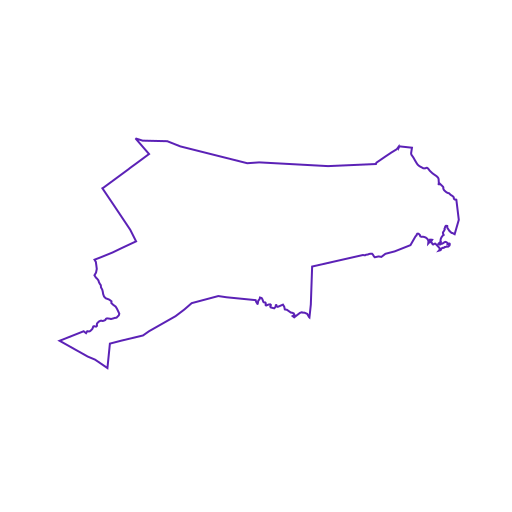 the district of San Ildefonso Amatlán, Oaxaca, Mexico, rotated 117°
{"feature_id": "50627088B2691831673313", "entity_name": "San Ildefonso Amatlán", "entity_type": "district", "adm_level": 2, "iso_a3": "MEX", "parent_name": "Mexico", "parent_adm1": "Oaxaca", "projection": "orthographic", "projection_center": [-96.462, 16.295], "detail": "fine", "context": "isolated", "style": "outline", "palette": "violet", "viewbox_px": 512, "rotation_deg": 117, "n_neighbors": 0, "source": "geoboundaries", "source_scale": "gbopen_adm2", "svg_char_len": 4939}
<svg xmlns="http://www.w3.org/2000/svg" viewBox="0 0 512 512"><g transform="rotate(117 256 256)"><path d="M286.5,180.5L274.4,185.1L239.9,201.2L206.6,161.2L205.9,159.2L204.9,158.5L203.9,157.0L202.8,156.1L202.0,155.0L201.3,153.6L201.7,152.5L202.7,150.9L203.1,150.0L203.2,149.6L201.9,148.0L200.8,146.7L200.2,145.0L199.9,143.9L195.3,141.7L188.9,134.5L176.2,123.3L166.0,122.8L164.7,122.3L163.8,122.6L162.9,122.4L162.5,121.8L162.4,121.2L162.6,120.4L162.9,119.5L163.3,119.2L163.9,118.5L163.8,117.3L163.2,116.3L162.8,115.3L162.6,114.2L162.5,113.1L162.8,111.6L163.2,110.6L164.0,109.6L164.7,109.0L165.4,108.7L166.7,108.2L165.3,107.8L164.5,107.6L163.5,107.8L162.5,108.4L161.9,107.3L161.6,106.4L163.5,106.5L164.4,106.3L164.5,105.2L165.4,103.9L165.2,103.2L164.1,102.6L163.6,102.0L163.9,100.8L164.6,98.8L165.4,96.6L166.2,95.4L166.8,95.2L168.2,95.5L167.1,94.3L166.6,94.1L166.1,94.1L165.8,94.3L165.6,94.3L165.5,94.5L165.2,94.3L165.0,94.2L164.6,93.8L164.3,93.5L164.1,93.3L163.9,93.3L163.7,93.1L163.7,92.7L163.2,92.2L162.5,92.0L162.3,91.9L162.1,91.4L161.7,91.0L161.1,90.4L160.7,89.5L160.5,89.1L159.9,88.8L158.9,88.4L158.4,88.4L157.3,88.8L157.1,89.2L157.4,89.5L157.4,89.9L157.8,90.4L158.4,90.4L158.6,90.7L158.0,90.9L157.6,91.2L157.4,91.7L157.3,92.3L157.3,93.0L157.4,93.6L158.0,94.2L159.7,95.2L160.3,95.5L160.5,96.0L161.1,96.5L161.5,96.7L161.9,97.0L162.1,97.1L162.3,97.3L162.4,97.5L162.5,97.7L162.5,98.0L162.5,98.4L162.4,98.7L162.3,98.9L162.3,99.0L162.2,99.0L162.0,98.9L161.8,98.9L161.4,98.7L160.3,98.3L160.1,98.2L159.8,98.0L159.7,97.9L159.5,97.7L159.4,97.7L159.3,97.8L158.7,98.5L157.7,98.9L156.5,99.2L154.8,99.2L154.3,99.1L153.5,98.9L153.0,98.9L152.5,98.8L152.0,98.4L151.6,98.9L151.2,99.4L150.6,99.9L150.1,100.1L149.7,100.1L149.4,100.0L149.1,100.0L148.1,99.9L146.9,99.9L146.7,99.9L146.6,100.1L146.3,100.4L144.9,100.5L144.1,100.7L143.6,100.7L143.1,100.6L142.8,100.4L142.8,100.1L142.6,99.8L142.4,99.2L142.5,99.1L142.8,99.0L143.5,98.7L143.9,98.4L144.1,98.2L144.5,97.5L144.9,96.7L145.5,95.7L145.9,95.0L145.9,94.4L146.2,94.1L146.3,93.2L146.6,92.6L146.6,92.0L146.3,91.4L146.3,91.0L146.4,90.5L146.4,88.9L131.9,91.7L131.6,91.8L115.4,102.7L115.1,103.0L114.9,103.1L114.9,103.4L115.1,103.8L115.4,104.3L115.4,104.6L115.3,105.3L115.0,105.8L114.0,106.4L113.7,106.9L113.5,107.5L113.3,108.5L113.2,110.0L113.0,110.9L112.5,112.3L112.5,112.7L112.7,113.4L112.8,114.0L112.8,114.5L112.6,116.1L112.0,118.2L111.5,119.0L111.0,119.6L110.6,119.9L110.0,120.1L109.5,120.6L109.1,121.7L108.1,125.0L108.9,125.2L109.1,125.5L109.1,125.9L108.9,126.0L108.3,126.1L108.0,126.2L106.5,127.1L104.6,128.2L104.0,128.8L103.5,129.5L102.9,131.4L102.7,132.8L102.6,133.7L102.2,136.3L101.6,138.4L101.1,140.0L100.5,141.2L100.0,142.3L99.8,143.2L99.8,143.8L100.2,144.3L101.1,145.1L101.6,146.0L101.9,146.9L101.8,148.7L101.8,150.4L101.6,152.0L101.2,153.4L100.6,154.6L98.8,157.5L96.8,160.5L95.2,163.5L94.8,163.9L94.4,164.2L93.9,164.5L88.7,166.2L92.9,177.2L92.9,177.3L93.2,178.0L94.6,178.0L93.8,178.5L96.3,178.9L97.2,179.2L100.8,181.4L101.1,181.6L102.4,182.4L103.3,182.9L103.5,183.0L108.3,185.7L118.2,191.1L119.6,190.9L143.2,232.6L159.8,270.1L171.1,295.6L177.3,305.9L192.7,373.2L194.0,387.2L204.7,409.4L205.3,413.1L205.9,416.6L205.9,416.8L213.7,397.6L229.1,405.3L232.6,407.1L235.0,408.3L236.4,408.9L264.1,422.8L265.4,423.6L274.6,407.0L289.7,380.0L297.4,369.5L302.9,373.8L310.1,379.4L318.0,385.4L327.6,393.7L332.6,398.2L334.0,396.0L337.0,393.9L339.8,392.0L343.4,391.0L346.5,391.2L347.9,388.9L348.4,387.2L349.3,385.3L350.5,384.2L351.6,382.7L352.5,381.0L354.3,379.9L355.8,377.7L357.4,376.3L359.3,374.9L361.1,373.0L361.9,370.7L361.5,367.4L361.7,365.7L362.0,364.2L363.6,363.5L364.3,361.2L364.8,358.1L366.0,356.1L367.9,353.6L369.5,351.6L371.2,351.3L373.0,351.9L374.1,352.2L374.8,352.9L375.3,353.8L376.1,354.5L376.9,355.4L378.0,356.6L378.1,357.0L378.1,357.4L379.0,359.9L379.3,360.5L380.0,361.1L380.8,361.2L381.4,361.2L382.0,361.6L383.1,362.6L383.7,363.5L383.9,364.7L385.3,366.0L386.3,366.4L386.8,366.6L388.3,367.0L389.3,366.7L389.8,366.4L390.4,366.0L391.5,366.4L391.9,367.5L392.0,368.4L392.7,369.0L393.9,368.8L394.6,368.8L395.0,368.7L395.6,368.8L397.5,369.4L397.9,369.6L398.5,369.9L399.1,370.6L399.3,371.3L399.6,372.2L401.9,372.4L401.3,375.4L420.7,392.5L421.4,375.4L422.0,360.3L421.4,352.4L423.3,337.5L400.4,346.4L392.6,337.6L378.1,320.6L371.5,317.1L346.2,300.4L336.3,295.6L327.2,291.9L308.8,271.4L306.1,263.4L295.5,236.3L296.9,234.9L298.0,233.0L297.8,232.8L294.7,233.7L293.0,233.2L291.2,233.6L290.9,231.9L291.7,230.6L293.5,228.7L293.7,227.8L293.2,226.6L293.6,225.9L295.3,225.2L295.5,224.5L293.4,222.6L292.6,221.3L292.9,220.5L294.6,220.3L295.1,219.6L294.6,217.0L294.3,216.0L292.4,215.5L290.8,216.0L290.6,215.8L290.5,215.6L291.3,214.8L291.5,213.8L291.4,213.5L287.1,209.9L288.4,207.8L290.5,206.1L289.9,204.0L290.6,199.1L290.2,198.4L290.0,196.4L291.0,195.0L292.9,196.1L293.3,194.1L286.7,191.0L285.3,189.6L285.4,189.0L284.5,187.1L284.3,184.1L286.4,180.9L286.5,180.5Z" fill="none" stroke="#5b21b6" stroke-width="2"/></g></svg>